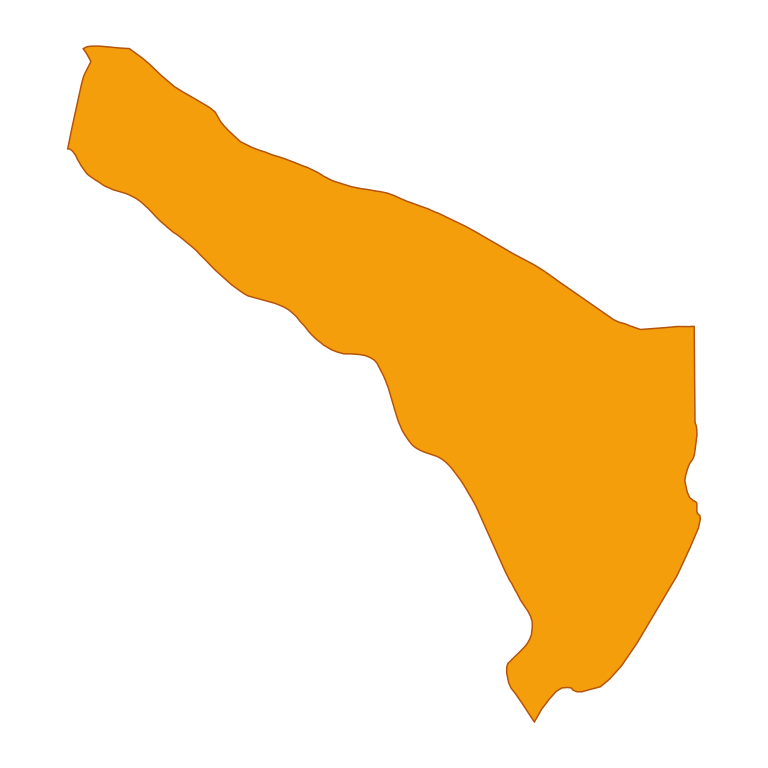 outline of Binh Dai, Bến Tre, Vietnam
{"feature_id": "81297802B66163336026361", "entity_name": "Binh Dai", "entity_type": "district", "adm_level": 2, "iso_a3": "VNM", "parent_name": "Vietnam", "parent_adm1": "Bến Tre", "projection": "equal_earth", "projection_center": [106.602, 10.168], "detail": "fine", "context": "isolated", "style": "filled", "palette": "amber", "viewbox_px": 768, "rotation_deg": 0, "n_neighbors": 0, "source": "geoboundaries", "source_scale": "gbopen_adm2", "svg_char_len": 3603}
<svg xmlns="http://www.w3.org/2000/svg" viewBox="0 0 768 768"><path d="M534.4,721.9L541.7,709.1L549.4,699.0L556.2,691.4L562.0,687.9L567.6,687.5L571.1,687.9L573.1,690.2L577.1,691.8L581.8,691.8L589.9,689.5L600.3,686.8L609.5,679.2L621.6,665.7L636.9,643.3L677.3,575.2L690.3,547.1L698.4,528.1L700.3,519.1L699.9,515.5L697.6,513.6L696.8,510.9L696.9,506.6L696.8,503.1L696.0,502.1L692.9,500.2L689.6,497.5L687.3,492.2L685.8,485.6L684.8,480.5L685.7,475.1L687.5,468.9L689.6,463.6L692.0,460.3L693.5,457.7L694.4,454.4L695.2,449.0L696.9,435.4L696.8,429.9L696.3,426.0L695.0,422.2L694.2,326.4L689.1,326.6L677.6,326.5L664.1,327.7L640.5,329.5L630.4,326.0L625.3,323.9L618.5,322.0L613.4,319.5L560.6,282.8L558.9,281.6L556.7,280.0L554.4,278.3L551.8,276.5L550.4,275.5L543.5,270.7L534.8,265.2L525.6,260.3L512.4,253.3L500.2,246.1L490.7,240.6L485.3,237.5L474.1,231.0L464.9,226.0L447.2,217.5L441.6,214.7L437.7,213.0L432.4,210.9L428.5,209.0L422.5,206.9L416.0,204.5L406.8,201.2L400.9,198.7L394.4,195.7L387.6,193.2L379.7,191.5L376.2,191.1L367.7,189.5L361.9,188.8L353.4,187.1L351.4,186.7L345.9,185.0L339.5,183.0L332.7,180.8L323.9,176.4L318.7,173.0L308.2,167.8L301.9,165.5L293.2,162.0L284.6,158.7L279.1,156.9L272.9,155.1L265.0,152.0L259.2,150.2L252.2,147.5L250.5,146.7L245.1,144.0L240.8,141.9L238.8,140.2L234.0,135.8L228.8,130.9L224.5,126.4L220.8,121.9L218.6,118.1L216.0,113.5L215.1,112.0L213.3,110.6L210.1,107.9L200.0,101.8L182.5,91.7L174.5,86.7L161.5,75.7L156.0,70.4L150.2,64.8L143.1,58.7L140.7,56.9L138.0,54.9L131.4,50.2L130.2,49.2L129.4,48.6L118.1,47.9L110.3,47.1L104.7,46.6L101.2,46.3L100.3,46.2L97.0,46.1L91.8,46.2L88.9,46.4L86.5,47.0L84.9,47.7L83.2,48.8L83.9,49.7L86.4,53.2L90.0,59.8L90.9,61.6L84.7,73.8L83.7,76.3L83.2,77.8L82.5,80.3L81.4,84.6L77.9,100.6L76.2,108.4L71.9,128.0L69.7,138.9L67.7,148.9L68.7,148.8L69.3,148.9L70.0,149.3L70.9,149.8L71.8,150.5L72.7,151.4L73.9,152.9L75.5,155.2L76.2,156.5L77.5,159.5L78.1,160.4L81.5,166.3L84.5,170.5L86.3,173.0L88.5,175.2L92.8,178.2L95.8,180.2L99.7,182.6L102.8,184.9L105.7,186.5L108.7,187.7L113.2,189.8L117.1,190.9L117.8,191.1L123.2,192.7L125.8,193.5L128.1,194.4L131.1,195.8L136.2,198.5L140.6,201.6L142.6,203.3L145.9,206.5L148.0,208.3L150.8,211.2L152.7,213.2L154.9,215.7L156.9,217.7L159.6,220.4L161.0,221.8L165.4,225.5L167.1,227.1L173.2,232.2L176.8,234.5L179.2,236.2L185.6,241.5L193.0,247.6L196.5,250.8L200.1,254.7L203.8,258.3L215.1,270.0L231.6,284.8L236.4,288.3L240.1,291.0L244.9,294.2L248.3,296.0L274.9,303.3L278.9,304.9L284.1,307.1L288.9,309.9L293.2,313.7L296.4,316.6L299.9,321.1L304.7,326.3L309.1,332.0L312.1,335.2L315.1,338.1L316.4,339.3L320.5,342.5L323.9,345.3L327.7,347.5L331.8,349.9L337.2,352.0L343.7,353.8L351.1,353.9L359.3,354.5L365.2,355.5L370.7,357.8L374.6,360.4L377.0,363.2L379.1,367.3L381.0,370.9L383.6,376.0L385.0,379.4L385.2,379.7L387.1,384.8L388.3,387.8L394.6,409.4L395.2,411.3L397.6,419.1L398.9,422.8L400.3,425.9L402.0,430.0L403.4,432.5L405.1,435.3L408.9,440.8L412.0,444.7L414.1,446.6L416.7,448.4L420.4,450.4L425.1,452.4L432.6,454.9L436.7,456.3L439.2,457.5L442.5,459.5L446.0,462.3L448.6,464.9L452.1,468.8L453.2,470.3L456.5,474.6L460.6,480.2L464.2,485.7L465.9,488.6L468.5,493.2L472.0,499.0L475.4,505.2L476.0,506.3L504.9,570.8L509.4,579.9L509.9,580.7L511.8,583.5L513.0,586.0L514.1,588.1L515.4,590.6L516.9,593.0L518.2,595.6L519.3,597.7L520.3,599.9L527.9,611.1L530.7,616.6L532.2,621.8L532.3,626.7L531.5,634.2L531.3,635.0L529.7,639.2L527.6,642.9L525.7,645.7L521.1,650.5L513.1,658.3L507.8,663.5L506.7,667.3L506.7,669.9L506.7,673.1L508.6,682.5L511.1,688.2L513.6,691.3L515.1,693.2L522.3,703.6L533.6,720.9L534.4,721.9Z" fill="#f59e0b" stroke="#b45309" stroke-width="1.5"/></svg>